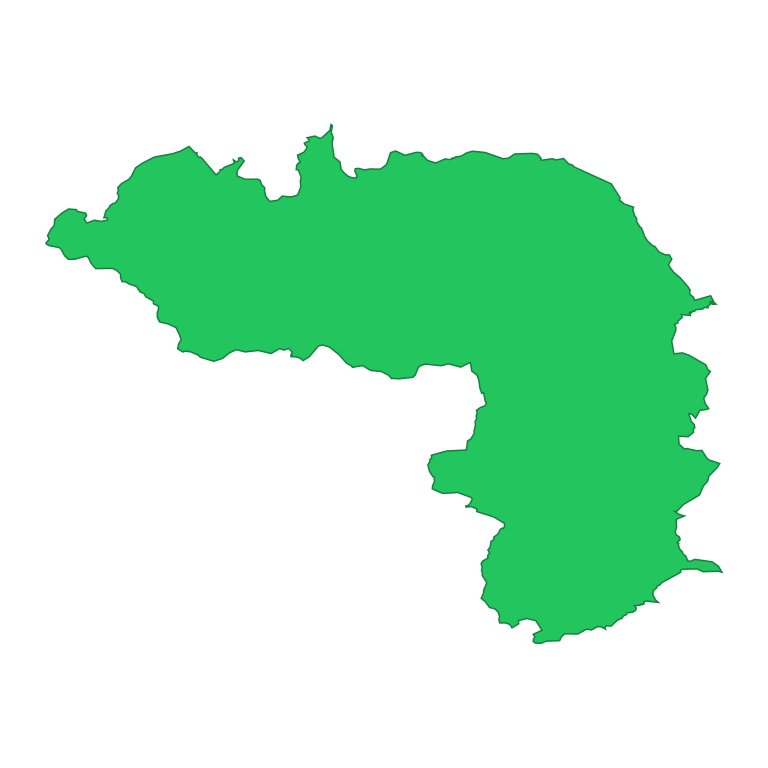 Almasu, Salaj, Romania
{"feature_id": "2599482B45956025048806", "entity_name": "Almasu", "entity_type": "district", "adm_level": 2, "iso_a3": "ROU", "parent_name": "Romania", "parent_adm1": "Salaj", "projection": "robinson", "projection_center": [23.079, 46.933], "detail": "fine", "context": "isolated", "style": "filled", "palette": "green", "viewbox_px": 768, "rotation_deg": 0, "n_neighbors": 0, "source": "geoboundaries", "source_scale": "gbopen_adm2", "svg_char_len": 6103}
<svg xmlns="http://www.w3.org/2000/svg" viewBox="0 0 768 768"><path d="M687.7,560.8L685.8,556.1L682.9,553.8L682.3,551.8L679.4,548.7L678.3,544.5L678.8,543.7L677.1,542.6L680.1,539.9L679.9,538.6L679.2,536.8L676.0,534.7L675.2,531.6L676.6,527.1L676.1,519.4L684.4,515.9L679.4,514.6L674.6,511.4L677.3,511.0L683.3,504.6L699.5,495.0L703.3,486.2L707.7,481.0L708.9,476.1L717.3,467.5L719.7,463.5L709.4,460.1L707.0,458.4L701.9,450.4L696.5,450.7L687.3,448.6L684.1,448.8L679.1,444.1L678.5,436.2L688.2,436.7L693.4,432.4L693.6,428.9L694.8,427.6L694.3,424.7L691.1,421.1L688.9,413.7L691.8,414.2L695.5,418.1L699.9,410.4L707.9,409.2L708.7,408.4L705.4,404.0L703.7,398.2L706.4,394.4L707.9,389.9L705.5,378.4L710.4,371.5L707.8,369.5L705.8,364.8L689.0,355.2L682.4,352.9L673.9,353.8L671.7,340.9L675.8,330.5L675.9,327.1L674.4,324.4L677.9,323.0L677.8,321.3L682.3,317.3L681.4,314.6L690.3,315.5L690.4,313.9L689.2,313.1L689.9,312.1L691.7,312.7L692.3,311.4L694.5,311.3L695.9,309.7L702.8,309.0L704.3,307.4L708.1,307.8L708.2,305.9L710.8,303.9L709.9,302.1L710.4,301.6L712.4,301.8L711.9,303.7L712.5,304.3L716.0,304.1L714.1,302.5L710.7,295.8L694.8,300.3L693.1,296.8L690.3,294.7L689.6,292.7L690.2,290.3L688.1,286.9L680.0,277.6L673.6,272.2L669.6,266.9L668.6,264.5L671.8,259.2L669.3,254.9L665.2,254.9L658.9,251.9L655.0,246.6L652.2,245.3L647.5,240.9L644.8,236.7L641.4,227.9L639.9,226.9L636.7,221.7L636.6,218.4L634.5,215.5L632.8,209.8L633.6,207.2L623.8,203.9L621.5,201.4L619.4,200.7L620.2,198.0L611.3,183.9L574.8,167.3L571.6,164.6L568.6,164.0L563.7,158.5L556.0,160.0L552.5,158.7L541.5,160.3L540.7,157.8L537.5,154.2L532.1,153.4L514.6,154.0L508.6,158.1L503.1,158.8L485.3,152.5L472.5,151.2L466.8,152.8L461.3,156.1L455.0,157.1L454.3,158.3L452.3,157.9L451.9,159.0L449.0,159.6L445.2,158.9L435.8,163.0L427.6,160.5L424.3,156.9L422.0,155.7L423.0,155.4L422.0,153.4L419.8,152.4L416.0,152.4L405.0,155.3L395.6,151.0L390.5,152.7L387.1,163.2L385.8,165.2L380.3,169.2L370.6,168.9L364.5,169.9L358.2,168.3L355.2,168.8L354.9,171.2L357.1,175.9L355.9,178.1L352.3,177.8L348.6,176.6L344.6,173.4L341.2,169.5L340.0,162.0L334.1,157.2L332.1,143.6L333.2,137.6L331.2,132.3L332.4,125.7L331.0,124.6L329.9,130.4L321.5,138.1L319.7,138.3L315.0,136.1L307.1,137.7L309.0,139.6L309.0,141.0L304.3,143.1L305.0,144.8L307.0,146.5L306.4,148.8L303.7,152.4L300.1,153.9L300.2,154.5L297.6,155.0L298.3,158.8L300.1,161.6L299.6,163.0L298.4,162.9L296.7,165.3L296.2,169.7L298.3,169.8L301.2,177.2L300.3,181.0L300.8,187.0L298.1,193.9L296.7,195.5L290.5,197.0L282.3,196.1L277.6,200.3L269.7,201.4L265.8,196.3L264.6,191.2L264.7,187.7L261.5,184.5L260.2,180.4L257.9,179.2L244.9,179.2L237.2,176.0L237.0,171.8L237.8,169.8L244.2,161.0L241.0,157.6L238.5,158.2L238.8,160.4L236.8,162.1L233.4,159.9L234.4,163.3L224.2,167.4L222.4,169.4L220.3,169.6L219.3,172.2L216.0,174.8L202.1,158.5L200.4,157.0L199.2,157.6L196.6,154.6L197.1,152.9L195.1,152.8L189.0,146.4L180.8,151.0L172.7,153.7L154.5,157.0L142.3,163.2L135.5,168.0L131.4,176.3L128.8,179.4L121.5,183.6L117.8,187.5L118.4,190.1L117.3,193.4L118.5,195.2L118.5,198.7L115.2,203.1L113.1,203.4L109.9,205.7L108.8,208.2L106.0,210.7L103.9,217.8L106.6,217.6L107.7,219.2L106.6,220.3L101.0,221.4L94.4,220.2L87.3,222.9L86.2,222.4L84.2,218.7L86.6,215.8L85.7,213.2L77.7,211.5L76.2,209.6L68.6,209.0L62.1,212.9L54.6,219.4L55.2,220.5L54.6,221.0L54.1,225.8L51.3,228.6L47.6,235.6L49.2,239.4L46.1,242.8L46.3,244.1L49.0,245.6L59.1,247.5L61.1,249.2L64.6,255.7L68.4,259.4L75.0,259.2L85.4,256.2L88.1,257.0L91.0,263.2L95.7,268.6L112.4,268.4L116.5,270.3L120.6,274.2L120.6,277.7L122.0,281.6L125.7,281.8L128.9,283.9L136.7,286.6L138.5,289.9L139.7,290.4L139.7,291.7L144.2,293.7L145.9,296.9L153.6,301.1L153.3,303.2L153.9,304.1L158.2,305.9L158.6,308.8L157.2,312.9L157.3,315.3L157.4,317.4L159.5,321.9L168.3,324.0L175.9,327.5L179.4,334.5L181.1,339.7L178.6,344.1L177.6,348.8L182.9,352.0L185.3,351.1L190.8,351.9L198.0,355.0L200.2,357.1L210.8,360.4L213.9,361.3L222.8,358.3L228.9,353.2L236.2,349.7L245.1,351.9L258.3,350.5L271.2,353.5L279.5,348.6L284.2,350.1L288.5,348.4L292.1,352.0L291.2,354.2L292.2,355.0L290.8,355.7L291.0,356.7L296.3,356.9L300.0,358.1L303.1,360.6L309.5,356.5L318.4,346.0L322.6,345.0L329.4,347.0L338.8,354.5L346.7,363.3L351.4,365.8L352.4,367.3L362.6,365.6L370.5,370.4L381.2,371.5L388.5,375.2L391.4,378.4L399.2,378.8L412.8,377.3L415.1,375.2L418.3,367.4L421.0,365.4L425.6,364.1L441.2,365.7L448.5,363.8L460.6,367.1L470.4,362.4L471.8,371.1L477.2,375.3L479.0,380.7L479.9,387.9L481.7,393.2L483.6,392.7L485.2,401.0L486.4,403.5L484.7,406.0L480.4,407.5L476.5,410.4L477.3,412.8L476.1,416.2L476.8,418.0L475.1,421.7L475.5,425.3L474.0,430.8L474.4,432.9L470.8,439.1L467.6,440.8L466.4,450.0L446.7,451.0L431.4,455.2L431.6,458.4L430.0,459.3L429.8,461.5L427.9,465.0L429.5,471.3L432.9,476.6L434.3,477.1L434.4,481.9L432.6,485.8L432.3,488.9L442.7,493.4L457.7,492.5L471.3,497.5L472.2,499.3L470.5,502.9L468.3,505.4L465.8,505.9L465.9,507.0L471.7,506.7L477.3,509.3L476.6,511.1L477.1,511.7L493.7,516.9L504.5,523.4L504.3,527.4L503.3,528.5L502.5,528.0L500.4,529.2L497.8,534.1L493.8,537.2L493.7,539.9L491.0,541.4L490.1,547.2L487.9,550.0L489.5,552.8L487.8,555.5L487.8,558.1L482.8,561.0L481.1,563.7L482.2,567.2L481.5,570.8L482.5,573.1L482.2,575.4L486.2,581.6L486.6,583.5L483.7,590.0L483.4,593.5L481.2,598.4L485.0,601.4L489.6,607.5L495.0,608.9L498.4,612.4L499.5,616.4L498.9,619.6L499.7,622.9L505.4,622.9L509.8,624.4L512.0,627.8L518.7,623.8L518.5,620.7L519.6,620.3L526.9,618.5L535.7,620.6L542.0,630.2L533.2,634.3L534.9,636.9L533.5,639.1L533.2,641.3L535.0,643.0L541.1,643.4L546.0,641.2L559.0,640.7L560.0,640.1L561.1,637.1L564.7,633.8L577.8,634.0L586.4,629.2L591.6,629.9L597.7,626.6L601.4,626.9L605.4,629.1L604.9,627.8L606.0,625.8L611.1,626.1L617.7,620.0L622.2,618.1L623.3,616.0L626.2,614.7L627.2,612.9L632.9,612.1L635.5,610.5L636.3,608.1L634.6,605.7L640.3,605.2L641.0,604.1L642.7,604.7L644.1,603.7L643.8,601.9L646.0,601.0L658.3,602.4L655.6,600.0L652.7,594.5L653.6,590.3L656.6,588.0L657.2,586.1L660.2,584.6L661.7,582.7L680.7,572.3L680.4,570.7L682.3,569.2L697.1,568.9L703.1,571.7L718.0,571.2L721.9,572.2L718.4,566.2L712.0,561.8L695.1,559.4L690.2,561.3L687.7,560.8Z" fill="#22c55e" stroke="#15803d" stroke-width="1.5"/></svg>